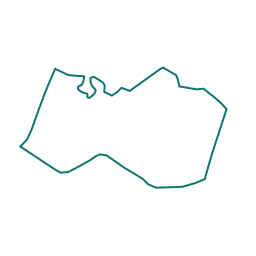 Wasat Al Gedaref, Gedarif, Sudan, rotated 206°
{"feature_id": "16777658B33675422970031", "entity_name": "Wasat Al Gedaref", "entity_type": "district", "adm_level": 2, "iso_a3": "SDN", "parent_name": "Sudan", "parent_adm1": "Gedarif", "projection": "mercator", "projection_center": [35.181, 14.159], "detail": "fine", "context": "isolated", "style": "outline", "palette": "teal", "viewbox_px": 256, "rotation_deg": 206, "n_neighbors": 0, "source": "geoboundaries", "source_scale": "gbopen_adm2", "svg_char_len": 1375}
<svg xmlns="http://www.w3.org/2000/svg" viewBox="0 0 256 256"><g transform="rotate(206 128 128)"><path d="M36.6,115.7L38.5,126.2L39.5,132.1L41.4,142.9L47.2,184.8L47.7,188.1L54.6,190.9L64.4,193.6L72.7,195.4L77.2,196.5L83.3,192.8L100.1,187.9L100.4,188.6L101.3,189.5L105.8,194.8L108.0,196.6L122.9,197.6L124.6,195.7L131.2,183.4L139.2,168.6L142.0,163.4L142.7,162.1L147.3,161.7L151.3,161.3L153.7,155.2L156.7,150.1L165.0,150.0L165.7,151.1L167.4,155.7L169.9,157.7L174.5,158.4L176.5,158.6L180.9,159.0L182.6,157.8L183.5,156.8L183.2,155.8L182.9,154.6L182.5,154.1L181.3,152.4L179.7,151.0L177.9,149.7L175.1,148.6L173.7,147.8L173.3,146.8L173.3,144.1L174.4,141.2L175.3,139.0L176.3,138.0L177.3,137.8L178.1,138.0L178.5,138.9L178.8,139.8L179.5,140.6L180.2,140.8L182.2,140.4L183.9,140.1L185.6,140.1L187.5,140.3L190.0,141.1L190.6,141.8L190.8,143.0L190.5,144.0L189.8,144.8L189.4,145.6L189.0,145.7L188.7,146.1L188.5,146.7L188.5,147.9L188.5,149.4L188.6,150.2L188.8,151.4L189.1,152.3L189.9,155.1L192.8,154.3L194.7,153.2L205.0,149.4L219.4,149.2L218.6,132.1L217.8,120.5L215.9,101.4L214.0,85.1L213.7,73.3L214.0,72.3L215.0,69.3L215.8,66.7L216.4,64.8L216.6,64.1L174.7,58.6L168.7,58.4L162.5,62.2L157.0,69.5L151.9,76.8L148.5,81.6L144.2,89.0L141.9,91.9L135.4,94.0L125.4,92.5L115.1,90.8L92.3,88.7L85.5,86.3L76.6,86.6L53.3,99.0L43.3,108.1L36.6,115.7Z" fill="none" stroke="#0f766e" stroke-width="2"/></g></svg>